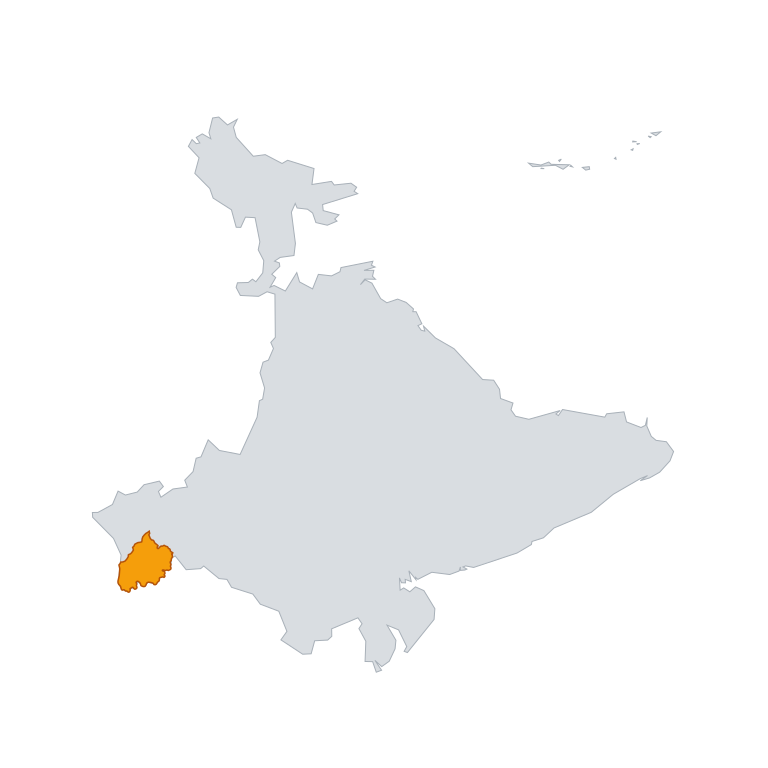 Jammu and Kashmir highlighted on a map of India, rotated 263°
{"feature_id": "IND-2431", "entity_name": "Jammu and Kashmir", "entity_type": "Union Territory", "adm_level": 1, "iso_a3": "IND", "parent_name": "India", "parent_adm1": "", "projection": "mercator", "projection_center": [75.016, 33.537], "detail": "fine", "context": "in_parent", "style": "filled", "palette": "amber", "viewbox_px": 768, "rotation_deg": 263, "n_neighbors": 0, "source": "natural_earth", "source_scale": "10m", "svg_char_len": 6961}
<svg xmlns="http://www.w3.org/2000/svg" viewBox="0 0 768 768"><g transform="rotate(263 384 384)"><path d="M98.9,341.2L109.8,338.9L110.9,331.4L130.9,334.6L144.3,329.3L148.7,333.0L155.1,329.6L147.4,302.2L139.9,301.4L136.7,296.9L137.6,283.9L125.1,278.8L125.7,270.4L142.6,250.5L150.3,257.5L171.3,251.9L180.5,234.4L191.5,228.2L200.8,207.9L209.2,204.3L211.0,196.5L225.3,182.9L223.1,179.5L223.8,165.0L238.8,155.8L237.1,152.2L226.3,149.4L225.9,143.2L219.9,143.0L218.9,137.8L213.0,133.2L215.9,125.7L212.5,120.7L217.8,115.4L211.1,112.4L212.4,108.6L208.9,105.2L212.2,98.7L218.8,96.0L246.3,102.2L263.7,96.7L287.2,78.6L292.0,78.9L291.4,84.4L297.5,99.8L310.1,107.0L305.3,113.8L306.8,125.9L313.3,133.6L315.0,149.2L309.1,152.5L304.8,147.0L298.8,148.8L305.5,161.7L305.7,176.3L312.8,174.5L320.3,183.8L333.2,188.5L334.0,193.5L350.0,202.7L338.1,212.5L331.6,232.6L366.5,254.0L382.6,258.3L383.7,261.7L394.6,265.0L410.2,262.3L420.4,266.6L421.8,272.2L432.7,278.6L439.1,276.7L443.5,281.8L486.5,286.7L489.8,279.2L486.3,270.2L489.4,252.2L497.9,249.0L502.3,250.9L501.3,261.7L504.1,266.2L501.1,269.3L509.1,277.2L521.1,279.7L532.5,275.5L540.2,278.1L564.8,276.3L566.5,266.8L556.9,260.9L557.6,256.4L575.5,253.8L589.3,237.1L599.3,234.9L616.1,221.9L631.1,228.0L643.7,218.8L650.0,223.3L645.4,227.0L645.7,230.6L651.6,227.7L654.4,234.1L648.5,242.0L654.8,240.9L668.9,246.3L669.1,252.5L660.2,260.2L664.6,270.6L657.3,265.9L646.8,267.4L626.0,282.0L626.1,294.1L615.3,309.7L617.8,315.6L606.4,340.8L590.8,336.8L591.5,356.6L587.6,358.8L587.3,375.7L582.6,380.8L578.9,377.8L576.1,381.1L569.6,344.9L563.5,344.8L557.4,359.9L553.8,355.2L551.4,357.2L548.5,347.1L552.5,336.1L562.4,334.0L566.8,329.4L569.3,319.2L574.0,317.9L565.8,313.0L534.3,313.2L522.5,310.3L522.3,296.3L519.3,290.3L516.9,294.9L513.4,294.9L506.6,286.0L502.8,289.5L493.9,282.7L495.2,286.9L488.3,297.4L505.2,311.0L495.6,312.6L487.1,324.7L500.8,332.2L497.7,345.1L500.8,354.0L504.8,355.5L507.2,387.9L503.4,386.0L501.2,389.4L499.2,378.0L498.1,387.8L492.3,385.7L489.0,388.3L490.5,377.7L485.5,372.7L489.7,378.0L485.6,384.3L469.1,391.1L464.3,396.7L466.6,407.9L462.2,416.0L454.9,422.4L452.3,421.4L451.8,424.7L439.2,428.9L437.8,424.8L432.8,427.5L431.5,430.9L436.6,430.3L423.5,440.6L410.5,457.8L376.4,482.4L374.4,493.3L364.7,498.0L355.4,497.9L349.4,509.7L342.9,506.9L336.0,510.6L331.3,523.5L336.2,555.6L333.3,551.0L331.4,553.2L336.9,558.1L324.2,599.1L327.3,601.4L327.1,618.8L316.8,620.1L309.5,633.8L311.1,638.4L318.7,641.2L310.3,639.7L299.4,642.9L294.9,647.2L292.3,657.2L281.7,663.2L272.9,658.5L262.9,646.9L258.4,636.1L256.8,626.6L261.0,634.4L258.8,626.7L246.6,598.1L231.4,574.1L220.4,535.2L211.9,523.5L209.7,511.7L206.7,510.7L200.0,495.4L191.0,450.6L193.5,442.8L192.8,440.1L190.2,443.7L189.5,441.6L189.7,437.1L193.1,437.5L189.2,435.7L186.9,426.0L191.3,408.5L186.0,393.8L188.2,391.8L185.8,391.9L195.6,385.9L184.5,387.0L187.5,381.2L184.0,381.1L184.6,377.2L189.7,375.7L177.4,374.9L179.2,378.7L174.6,384.3L178.8,390.5L174.1,398.4L154.8,407.1L144.2,405.0L114.6,374.5L116.2,371.4L120.6,374.6L138.2,368.5L144.3,357.6L128.2,364.6L119.8,362.7L108.2,355.4L103.8,347.3L110.8,341.3L100.2,346.7L98.9,341.2ZM579.0,594.6L575.3,587.9L580.2,580.8L581.6,558.1L585.6,554.4L582.2,566.5L584.2,574.6L581.7,576.6L579.0,594.6ZM600.5,679.8L600.6,689.4L597.3,684.2L600.5,679.8ZM574.7,614.2L572.1,614.3L571.7,610.3L574.8,607.3L574.7,614.2ZM591.7,664.4L591.5,667.2L590.9,664.6L591.7,664.4ZM594.8,660.6L593.7,664.3L594.0,660.3L594.8,660.6ZM597.9,676.4L596.9,679.3L596.1,678.2L597.9,676.4ZM580.7,641.6L578.8,641.7L579.7,640.2L580.7,641.6ZM578.3,596.1L576.5,597.6L577.4,595.2L578.3,596.1ZM584.7,584.6L585.6,587.4L583.5,585.3L584.7,584.6ZM587.1,659.9L585.6,659.3L586.3,657.9L587.1,659.9ZM579.1,566.4L578.2,569.3L578.7,566.1L579.1,566.4Z" fill="#d9dde1" stroke="#a8b0b8" stroke-width="1"/><path d="M227.1,150.1L226.4,149.9L225.9,149.3L225.3,147.6L225.2,147.2L225.4,146.8L225.6,146.3L225.8,146.0L225.8,145.5L225.6,144.5L225.6,144.0L225.8,143.5L226.3,142.5L226.4,142.0L226.3,141.5L226.1,141.3L225.7,141.4L225.4,141.7L225.2,142.2L225.1,142.6L224.9,142.9L224.5,143.2L224.2,143.4L223.1,143.5L222.7,143.5L222.4,143.3L221.8,142.7L221.5,142.6L221.1,142.6L220.5,143.0L220.1,143.1L219.7,143.0L219.4,142.8L219.1,142.5L218.9,142.0L219.1,141.7L219.5,141.1L219.5,140.6L219.3,139.4L219.2,138.2L219.0,137.7L218.5,137.4L216.7,137.1L215.9,136.7L214.9,135.1L214.2,134.5L213.5,134.0L213.0,133.4L212.7,132.7L212.8,131.7L213.0,131.3L213.3,131.1L214.0,130.8L214.3,130.5L214.6,130.3L214.8,129.9L215.0,129.5L215.6,127.8L216.0,126.0L215.7,124.7L214.7,123.9L213.4,123.2L212.5,122.4L212.3,122.1L212.2,121.8L212.2,121.4L212.2,120.7L212.3,120.4L212.4,120.1L212.5,119.8L213.2,118.6L213.6,118.2L215.7,117.8L216.4,117.5L217.1,117.0L217.6,116.5L218.1,115.8L218.3,115.0L218.0,114.3L217.4,113.8L216.7,113.9L216.0,114.1L215.2,114.1L214.2,113.7L213.8,113.7L212.5,114.0L211.9,113.9L211.3,113.5L210.9,112.9L210.7,112.2L210.8,111.4L211.3,111.0L212.5,110.3L212.8,110.0L212.9,109.5L212.8,109.0L212.5,108.5L212.0,107.4L211.7,107.0L211.1,106.9L210.6,107.0L210.1,106.9L209.6,106.7L209.1,106.4L208.7,106.0L208.5,105.4L208.6,104.8L209.0,104.3L209.2,104.1L209.6,103.8L209.8,103.6L209.9,103.4L209.9,102.5L210.3,101.9L211.2,101.3L211.5,100.8L211.5,100.1L211.3,99.5L211.4,98.9L211.9,98.5L212.2,98.3L215.3,97.8L215.8,97.5L217.3,96.4L218.5,95.9L219.8,95.8L221.0,96.0L225.9,97.8L232.8,99.2L234.7,99.1L235.9,98.9L236.6,98.9L236.9,99.0L237.1,99.2L237.4,99.6L237.7,100.0L238.5,100.6L239.3,101.0L239.2,103.1L239.8,105.4L241.7,107.5L243.9,109.2L245.5,109.4L246.0,110.3L246.2,111.4L247.0,112.6L247.8,113.4L248.8,114.3L249.7,115.0L251.6,114.8L252.5,114.6L253.0,115.3L253.5,116.0L255.3,117.1L256.1,119.0L256.6,120.5L256.6,122.4L256.8,124.2L258.0,124.7L259.6,125.0L261.6,125.9L263.3,127.6L264.7,129.4L265.5,131.3L266.5,133.0L264.3,133.2L264.0,133.1L263.0,132.2L262.6,132.2L262.0,132.5L259.8,133.0L258.9,133.4L257.8,134.1L257.5,134.4L257.4,134.6L257.4,134.9L257.3,135.2L257.2,135.6L256.7,136.1L256.3,136.4L255.8,136.6L255.0,136.8L254.0,137.3L253.6,137.6L253.0,138.3L251.5,139.7L251.1,139.9L250.9,140.0L250.8,139.8L250.5,139.5L250.3,139.3L250.1,139.2L249.5,139.0L249.3,138.9L249.0,138.9L248.6,139.0L248.4,139.2L248.3,139.4L248.2,139.6L248.2,140.0L248.4,140.3L248.6,140.6L249.3,141.3L249.5,141.6L249.6,141.8L249.7,142.0L249.8,142.3L250.1,142.7L250.3,142.9L250.3,143.1L250.3,143.3L250.1,143.7L250.1,144.5L250.2,144.8L250.6,145.7L250.6,145.9L250.6,146.2L250.5,146.5L250.3,146.7L250.0,147.0L249.4,147.8L249.4,148.1L249.2,148.6L249.1,148.8L248.9,149.1L248.7,149.3L248.1,149.7L247.0,150.0L246.9,150.2L246.8,150.7L246.7,150.8L246.6,151.0L246.3,151.2L246.1,151.4L245.8,151.5L244.4,151.6L243.7,152.1L243.0,152.8L242.3,153.8L241.9,153.7L241.6,153.4L241.3,153.3L241.2,153.1L241.2,152.6L240.7,152.6L240.6,152.8L240.1,153.0L238.9,152.9L238.3,153.1L237.0,152.0L236.3,151.6L234.9,151.3L234.3,150.9L233.6,150.2L232.9,150.0L232.3,150.1L231.5,150.4L230.7,150.5L229.3,149.8L228.6,149.8L227.9,150.1L227.1,150.1Z" fill="#f59e0b" stroke="#b45309" stroke-width="1.5"/></g></svg>